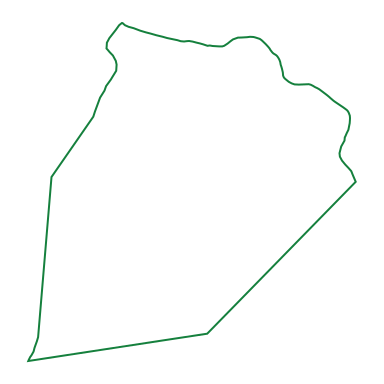 outline of Derierre Morne, Vieux Fort, Saint Lucia
{"feature_id": "8701671B33635631845794", "entity_name": "Derierre Morne", "entity_type": "district", "adm_level": 2, "iso_a3": "LCA", "parent_name": "Saint Lucia", "parent_adm1": "Vieux Fort", "projection": "orthographic", "projection_center": [-60.96, 13.741], "detail": "fine", "context": "isolated", "style": "outline", "palette": "green", "viewbox_px": 384, "rotation_deg": 0, "n_neighbors": 0, "source": "geoboundaries", "source_scale": "gbopen_adm2", "svg_char_len": 1988}
<svg xmlns="http://www.w3.org/2000/svg" viewBox="0 0 384 384"><path d="M355.7,181.8L352.6,174.5L351.3,171.2L348.6,168.1L345.2,164.5L342.0,160.6L339.9,156.7L339.5,153.2L341.2,146.5L344.5,140.6L344.8,137.3L345.3,136.5L346.1,134.6L346.8,133.0L348.4,129.8L349.0,126.7L349.7,123.2L349.9,120.4L350.0,118.1L349.8,115.6L349.3,114.3L349.0,113.3L348.3,112.0L348.1,111.5L346.9,110.1L345.2,108.8L343.0,107.2L341.2,106.0L338.4,104.1L336.9,103.1L334.4,101.4L333.0,100.3L331.5,99.0L330.2,97.9L329.6,97.3L327.6,95.6L325.3,93.8L324.6,93.3L323.3,92.3L319.3,89.3L317.2,88.1L315.2,87.2L312.9,85.8L310.7,84.7L308.7,84.2L304.0,84.4L298.8,84.6L294.5,84.4L291.7,83.4L289.1,82.0L288.5,81.6L285.2,78.9L283.9,77.5L283.1,75.6L282.9,73.2L282.8,72.3L282.0,68.9L281.4,66.8L280.7,64.8L280.2,62.0L279.4,59.8L279.1,59.2L278.2,57.6L277.2,56.2L276.3,55.3L275.3,54.6L274.4,54.1L273.2,53.3L272.2,52.3L271.6,51.5L270.5,50.1L270.0,49.2L269.5,48.4L268.1,46.7L265.9,44.3L265.4,43.8L262.8,41.3L261.8,40.4L261.4,40.0L260.6,39.5L259.8,38.9L256.4,37.8L255.1,37.4L253.5,37.0L250.0,36.8L247.0,37.2L241.7,37.5L239.3,37.6L238.0,37.6L233.0,39.4L230.4,41.3L227.7,43.5L224.2,45.8L222.3,46.4L219.1,46.4L212.6,46.0L209.8,45.5L207.5,45.8L205.1,45.0L203.0,44.3L199.8,43.4L196.4,42.6L192.7,41.6L189.1,41.0L187.5,41.1L186.4,41.2L184.1,41.5L180.7,41.2L177.5,40.2L167.0,38.0L162.8,36.8L156.2,35.2L154.5,34.7L150.3,33.5L149.5,33.3L146.0,32.4L140.3,30.7L133.7,28.2L130.4,27.3L128.5,26.8L127.9,26.5L126.3,25.8L125.1,25.3L123.1,23.6L122.6,23.1L121.9,23.0L119.5,24.9L119.0,25.4L115.8,29.9L109.3,38.2L108.1,40.5L106.9,42.7L106.7,46.1L106.5,48.5L107.7,49.8L109.7,52.2L112.9,55.5L115.8,60.9L116.1,62.3L116.6,64.6L116.4,67.8L116.2,70.8L111.9,77.8L110.9,79.5L106.1,86.1L105.3,88.3L104.5,90.6L100.1,97.6L94.9,111.7L93.3,116.7L78.4,138.2L51.5,177.0L38.1,337.2L37.6,338.8L36.9,341.2L34.5,347.9L33.8,350.7L33.5,351.7L31.4,355.4L30.2,357.0L29.7,358.0L28.7,360.0L28.3,361.0L159.8,340.9L207.2,333.7L355.7,181.8Z" fill="none" stroke="#15803d" stroke-width="2"/></svg>